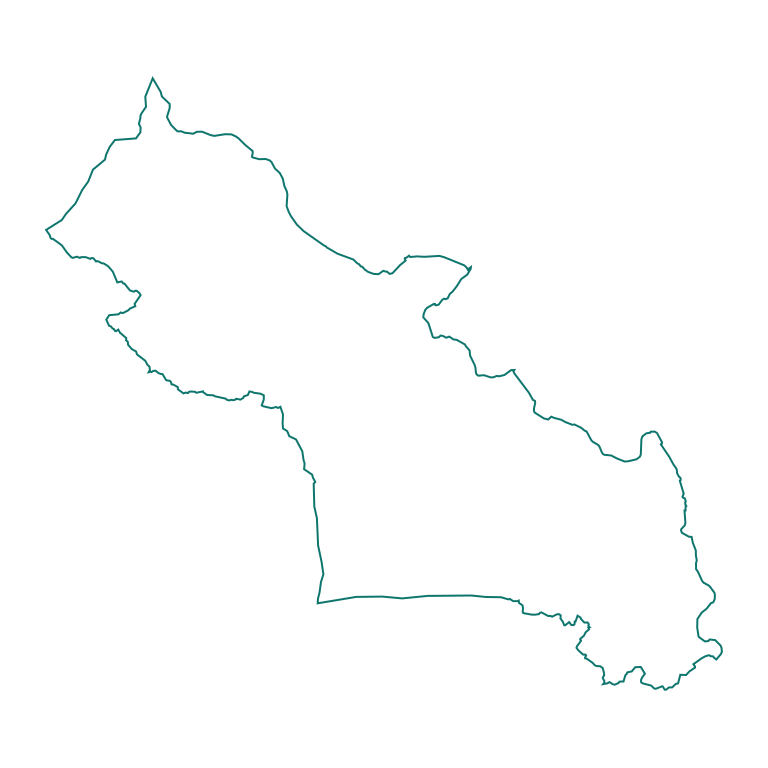 South East Malekula, Malampa, Vanuatu
{"feature_id": "77236927B5490091431503", "entity_name": "South East Malekula", "entity_type": "district", "adm_level": 2, "iso_a3": "VUT", "parent_name": "Vanuatu", "parent_adm1": "Malampa", "projection": "albers", "projection_center": [167.679, -16.314], "detail": "fine", "context": "isolated", "style": "outline", "palette": "teal", "viewbox_px": 768, "rotation_deg": 0, "n_neighbors": 0, "source": "geoboundaries", "source_scale": "gbopen_adm2", "svg_char_len": 6097}
<svg xmlns="http://www.w3.org/2000/svg" viewBox="0 0 768 768"><path d="M46.1,229.9L49.7,235.1L50.6,238.0L51.4,238.8L53.0,238.9L61.9,245.4L66.9,252.5L71.3,257.2L72.7,257.9L77.0,256.7L79.9,257.9L81.2,257.1L85.6,257.1L90.3,258.9L91.3,258.1L93.3,258.2L96.1,261.5L97.1,261.1L98.4,261.4L101.7,263.2L103.8,263.5L108.1,266.2L112.8,271.6L117.3,282.4L121.7,281.5L123.3,283.5L124.5,283.6L129.9,290.4L133.9,291.7L135.4,290.7L136.8,290.9L139.4,293.1L140.6,295.2L134.6,303.9L135.3,306.2L130.1,308.5L128.1,310.4L122.9,313.1L120.6,312.5L118.5,314.3L109.2,315.2L106.3,319.7L109.0,325.7L110.8,326.4L112.6,328.5L114.1,329.2L114.8,330.8L116.0,331.2L118.3,329.6L120.0,332.7L126.3,338.1L126.0,340.2L127.8,341.8L128.1,344.8L131.8,349.1L136.1,351.5L137.0,354.4L145.3,360.8L147.4,364.7L149.5,366.7L149.9,370.1L148.7,372.2L150.7,371.7L151.5,372.1L153.3,370.9L155.6,370.7L158.2,372.9L160.5,373.9L162.5,374.1L166.2,380.2L169.9,380.9L170.8,381.8L171.6,384.4L173.3,384.6L177.8,387.1L177.9,389.3L183.5,393.4L185.5,392.6L187.9,393.1L188.5,392.2L190.2,391.5L195.1,391.8L196.2,392.8L203.0,391.4L203.1,392.2L207.2,395.0L213.3,395.3L215.0,396.3L225.5,398.6L227.1,399.9L229.2,400.4L231.6,399.8L233.1,400.2L235.1,399.8L236.1,398.8L240.5,399.6L243.3,397.9L243.9,396.4L247.9,395.0L249.4,391.5L251.7,391.8L254.0,392.8L260.5,393.7L263.8,395.3L263.8,399.6L261.7,405.4L263.3,406.3L271.6,408.2L276.0,407.0L278.1,408.0L280.4,406.8L283.0,414.5L282.6,423.5L283.0,428.5L287.2,431.1L289.3,436.2L296.0,439.4L302.3,451.3L303.5,459.7L304.6,463.7L304.1,469.2L312.2,474.7L312.9,477.6L315.3,482.0L313.7,483.6L314.3,506.6L316.9,518.1L318.1,545.5L321.6,562.0L323.4,574.4L321.0,581.9L319.5,592.7L318.0,598.5L317.7,603.3L356.2,596.9L382.4,596.6L402.2,598.4L427.6,595.9L471.3,595.5L486.0,597.0L500.9,597.2L508.4,599.4L509.8,598.9L513.1,601.1L517.9,601.1L518.7,600.6L519.1,603.0L522.5,605.3L523.0,608.1L522.7,611.6L523.3,613.1L531.5,614.6L534.8,614.7L539.0,614.1L539.8,612.9L541.4,612.4L548.2,616.0L550.5,615.9L552.1,616.7L556.9,614.3L559.1,614.2L560.7,615.4L560.5,618.6L562.8,621.7L564.1,625.0L565.0,625.4L569.2,622.1L571.3,625.0L573.6,625.1L574.5,624.2L574.7,621.6L575.5,621.6L577.6,615.7L580.6,617.7L581.1,619.1L584.3,622.5L587.7,622.5L588.8,624.3L588.4,625.3L588.9,626.3L588.4,627.1L589.4,627.4L588.6,627.9L589.0,629.4L585.7,632.2L583.8,635.9L580.4,638.7L580.2,639.7L581.0,640.4L580.9,641.0L577.0,646.2L576.5,647.8L578.3,650.3L583.1,654.6L585.5,654.6L586.1,655.6L585.0,657.7L585.2,658.3L586.9,658.8L592.6,662.8L594.8,665.3L596.9,666.1L600.1,666.2L602.7,668.0L604.1,673.5L604.1,675.5L603.0,677.1L602.8,678.2L604.3,680.9L604.3,682.7L603.2,684.1L607.5,683.3L609.5,682.1L612.7,684.2L614.7,684.7L618.6,683.0L619.0,682.1L620.1,681.5L623.5,681.5L625.4,675.2L626.7,673.9L627.3,672.4L631.8,671.4L635.2,667.2L640.8,667.0L644.9,673.7L641.9,677.9L641.0,680.1L641.2,682.4L642.5,683.3L651.2,685.6L654.2,688.5L655.7,688.8L662.2,686.3L662.9,686.6L664.7,689.7L666.1,689.7L669.0,687.4L672.2,687.4L675.7,684.0L678.1,683.3L680.3,674.8L686.1,675.0L689.4,671.4L695.0,667.6L695.0,666.5L693.4,664.2L701.4,658.5L705.0,656.4L709.0,655.2L710.8,656.2L713.1,656.4L713.8,657.5L716.3,659.5L720.9,654.1L721.9,651.8L721.5,647.8L720.6,645.6L715.2,640.1L709.6,639.5L708.3,641.1L704.9,641.4L699.0,637.1L698.5,636.2L697.2,627.6L697.4,619.0L701.8,612.5L706.6,608.7L711.1,603.0L712.8,602.6L713.5,601.9L714.7,599.1L714.9,595.0L714.4,592.7L709.6,586.2L707.3,584.6L706.3,584.4L705.3,583.4L704.2,583.2L702.3,581.2L697.8,571.5L696.1,569.2L696.0,563.1L696.8,560.4L695.9,555.6L695.8,550.4L692.9,543.0L691.6,536.9L688.9,536.7L681.9,532.8L681.0,530.3L681.3,529.1L684.7,525.4L685.4,523.1L684.5,510.5L685.5,510.5L685.6,506.4L686.3,506.0L685.3,504.3L685.2,502.5L685.8,501.5L684.8,498.4L682.8,497.5L682.5,496.7L683.7,493.7L679.8,480.7L680.7,480.0L680.5,477.9L679.0,476.7L677.1,473.3L676.8,469.8L676.0,468.0L673.5,464.6L669.2,456.7L660.4,443.7L661.6,444.4L662.1,442.4L657.0,433.0L654.7,431.6L650.7,431.7L650.2,432.8L646.4,433.3L642.5,436.3L641.4,439.2L640.8,454.5L639.9,456.7L636.5,459.3L628.0,461.3L624.6,461.5L617.0,458.5L611.3,455.5L604.4,454.8L603.1,454.2L601.9,452.5L599.6,446.9L598.4,445.1L592.8,441.8L591.3,440.2L586.6,431.5L584.6,430.6L581.3,427.9L574.5,424.5L572.4,424.8L565.2,422.0L561.4,419.8L554.4,418.0L551.3,416.7L548.2,419.5L543.9,418.4L534.7,412.6L533.9,410.7L534.0,408.4L535.2,402.9L534.9,400.8L533.0,400.0L528.9,392.7L514.5,373.6L513.4,371.3L514.3,370.0L511.1,370.1L504.4,375.0L499.1,376.3L496.9,375.9L493.3,377.3L490.7,377.4L484.0,375.2L478.4,375.7L476.7,374.5L475.9,372.7L475.5,367.8L474.7,365.1L470.1,355.6L469.6,350.4L465.7,346.1L465.0,344.5L456.8,339.9L453.4,339.4L449.3,336.6L446.2,337.7L442.9,335.9L440.5,335.6L438.9,337.2L434.5,337.9L432.8,336.9L428.4,323.1L423.3,317.4L423.6,314.3L425.2,310.0L427.1,307.8L433.9,303.9L434.9,304.0L434.9,304.7L436.0,305.3L438.6,304.7L442.3,299.8L444.0,298.7L445.6,299.2L447.7,298.3L449.9,293.8L452.4,291.8L456.8,286.2L461.3,279.0L467.3,274.6L470.7,268.8L470.9,267.1L469.1,268.4L469.6,269.1L468.0,270.0L466.7,267.6L464.4,265.4L444.7,257.4L439.5,255.9L424.5,256.8L417.1,256.4L410.2,257.0L409.0,255.7L406.6,257.6L405.1,258.0L404.7,258.7L405.6,260.6L400.1,265.1L392.5,273.2L389.6,273.9L387.0,271.6L386.1,271.7L383.3,270.8L378.5,274.2L373.6,273.9L368.1,271.9L364.7,269.5L362.4,266.8L360.6,266.3L359.2,264.3L357.4,263.4L353.3,259.5L337.5,253.7L326.7,247.4L326.0,246.4L323.7,245.3L303.6,231.1L296.8,224.5L290.9,216.1L288.7,211.8L286.6,206.2L287.4,194.5L286.8,191.4L284.3,185.8L282.8,178.6L279.7,172.9L275.0,168.6L271.5,162.1L269.7,160.4L265.6,159.0L259.3,159.2L253.1,157.6L251.9,156.7L252.7,153.3L252.6,151.0L245.4,145.1L238.7,138.5L236.1,136.6L231.5,134.4L225.2,134.2L214.2,135.9L210.3,135.0L202.1,131.7L196.9,131.8L193.2,133.7L184.7,132.7L180.9,131.2L178.4,131.5L176.8,130.8L171.1,125.0L167.3,117.8L167.0,116.8L169.7,108.0L169.7,104.0L161.9,96.5L160.7,91.9L152.7,78.3L145.3,96.7L146.0,106.8L141.3,113.7L140.4,116.1L140.4,118.1L138.9,123.8L140.6,127.4L140.4,132.3L136.0,138.4L114.9,140.0L109.7,146.9L106.1,154.7L105.0,159.6L93.0,169.6L88.2,181.6L82.3,189.8L75.5,203.4L66.0,213.9L61.8,220.0L46.1,229.9Z" fill="none" stroke="#0f766e" stroke-width="2"/></svg>